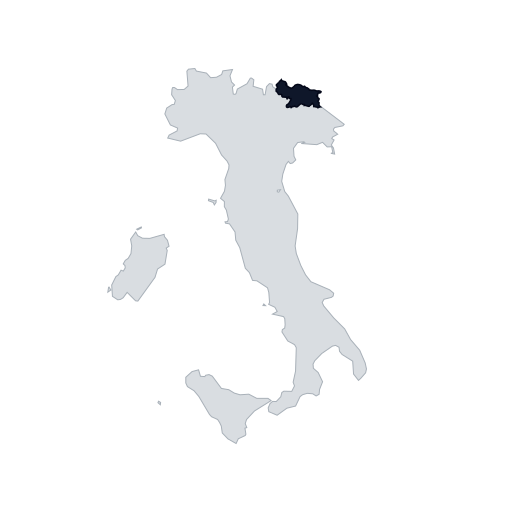 location of Bozen within Italy, rotated 27°
{"feature_id": "ITA-5459", "entity_name": "Bozen", "entity_type": "Province", "adm_level": 1, "iso_a3": "ITA", "parent_name": "Italy", "parent_adm1": "", "projection": "albers", "projection_center": [11.502, 46.655], "detail": "fine", "context": "in_parent", "style": "filled", "palette": "ink", "viewbox_px": 512, "rotation_deg": 27, "n_neighbors": 0, "source": "natural_earth", "source_scale": "10m", "svg_char_len": 6650}
<svg xmlns="http://www.w3.org/2000/svg" viewBox="0 0 512 512"><g transform="rotate(27 256 256)"><path d="M116.4,116.7L118.9,118.3L128.8,115.5L134.6,117.7L139.6,114.7L143.0,109.9L142.4,106.1L150.4,100.5L151.0,107.3L155.2,112.1L159.3,113.4L158.3,116.2L162.2,122.0L163.9,121.5L164.5,120.5L163.6,115.7L169.8,106.6L170.2,100.1L171.2,99.5L174.1,100.0L176.4,106.1L186.1,104.4L189.4,109.0L190.9,108.2L188.5,100.3L189.7,96.3L192.3,95.6L194.1,97.6L197.8,98.1L198.0,95.8L197.1,94.2L198.5,87.4L204.0,88.1L207.2,90.5L211.1,90.5L214.4,85.1L217.0,83.7L229.4,83.4L238.6,80.0L239.3,80.8L237.7,83.4L238.3,85.1L243.8,93.0L274.8,98.6L274.3,100.6L267.9,105.7L267.4,107.7L268.5,109.3L273.5,110.4L270.2,115.2L270.2,117.0L272.9,117.2L272.7,122.9L276.0,124.6L279.8,129.5L276.1,130.5L277.6,129.1L273.8,124.3L269.9,126.5L263.7,124.5L259.6,129.2L245.3,135.2L247.8,132.6L246.7,132.5L241.6,136.0L240.5,143.0L244.6,149.9L247.8,152.3L246.4,156.5L244.5,158.1L241.9,157.0L241.2,160.8L242.7,170.8L245.0,177.8L252.3,185.5L257.7,188.0L274.2,199.6L280.6,212.7L286.3,229.3L290.8,235.5L300.2,244.1L308.7,250.3L316.6,254.0L336.9,252.7L342.1,253.9L342.9,256.7L342.0,258.6L336.2,263.7L336.1,267.4L339.1,269.8L353.4,275.9L368.1,280.7L378.2,287.5L391.2,292.9L401.8,301.7L405.7,306.5L406.7,310.3L404.9,317.4L403.8,320.3L396.5,316.9L389.9,305.8L377.5,304.7L373.7,303.0L371.4,299.6L367.5,299.5L365.0,301.6L358.9,312.9L355.9,322.6L355.9,326.4L358.1,330.0L364.3,331.6L372.4,337.8L373.2,346.0L375.0,350.6L373.1,353.4L369.1,353.0L364.0,355.1L360.5,358.4L359.1,361.3L359.4,371.7L352.6,377.6L347.1,388.3L338.1,388.9L335.8,385.8L335.5,381.1L336.8,378.0L340.1,376.5L342.0,370.2L341.0,365.9L342.2,363.8L349.3,360.4L349.3,354.3L346.4,351.6L343.5,340.6L333.5,319.4L330.6,317.5L322.9,317.3L313.6,311.9L312.9,309.6L314.3,307.2L313.2,304.1L310.1,298.8L308.1,297.5L297.1,300.3L300.1,295.8L296.1,293.1L289.2,293.3L289.2,291.3L284.0,282.7L280.7,279.1L268.1,277.7L264.0,279.3L257.7,273.8L252.1,271.8L237.7,255.9L230.8,251.1L226.4,244.1L217.8,239.4L213.9,240.6L212.9,239.6L215.0,238.3L214.6,235.6L208.8,228.6L205.4,226.4L203.1,221.8L198.2,220.7L198.5,212.6L196.7,206.9L193.6,202.0L192.0,190.4L190.6,187.1L187.2,184.6L179.4,181.6L168.8,173.9L156.1,170.0L150.8,172.4L136.7,187.9L123.8,191.0L123.7,187.7L128.9,180.4L128.1,177.6L120.2,178.1L110.3,170.8L109.3,164.7L112.5,159.2L114.3,158.0L113.6,154.1L107.6,150.6L105.4,145.4L105.3,143.7L106.9,142.9L110.5,143.4L116.4,140.2L118.3,135.4L110.5,122.7L111.0,120.2L116.4,116.7ZM247.3,188.8L247.7,185.8L245.1,187.7L245.8,189.1L247.3,188.8ZM335.1,378.0L325.0,394.8L321.8,406.0L322.5,410.2L325.7,413.1L324.3,414.4L327.9,419.4L327.9,420.8L323.2,426.9L323.4,432.1L314.0,431.7L306.3,429.0L302.3,423.3L299.2,420.9L296.0,419.1L289.4,419.4L286.5,418.3L268.8,407.1L262.0,404.2L254.2,403.5L251.1,401.0L248.5,395.9L251.5,388.0L256.5,383.5L261.1,388.4L265.1,386.7L265.3,385.1L268.0,383.0L271.6,382.9L285.3,389.7L292.4,387.5L298.9,388.0L304.8,386.9L312.3,382.4L321.3,382.5L331.3,377.4L335.1,378.0ZM174.4,291.4L178.6,304.6L174.2,312.3L175.7,320.9L171.2,349.8L169.1,350.6L157.7,346.9L156.6,353.5L155.0,356.2L152.7,357.8L146.4,357.1L140.6,347.4L140.5,338.0L141.9,335.3L142.2,329.9L144.6,329.7L144.9,326.0L143.6,324.0L141.3,323.3L141.5,319.2L143.2,316.1L143.5,310.6L140.7,303.4L136.6,298.0L137.9,289.2L141.4,291.6L146.8,291.7L153.4,288.5L164.3,278.4L165.6,280.3L170.0,282.2L174.1,286.8L172.4,289.7L174.4,291.4ZM195.2,224.4L196.1,226.5L195.7,229.4L193.6,227.7L188.5,228.3L188.0,226.8L194.3,225.6L195.2,224.4ZM142.1,352.2L140.4,355.5L138.9,351.0L139.1,350.4L142.1,352.2ZM141.2,282.9L138.7,286.5L137.5,286.3L140.6,282.2L141.2,282.9ZM238.3,432.0L235.2,431.2L235.1,429.6L237.5,429.8L238.3,432.0ZM287.1,295.9L284.7,297.0L284.7,295.2L287.1,295.9Z" fill="#d9dde1" stroke="#a8b0b8" stroke-width="1"/><path d="M198.3,98.3L198.4,98.0L198.6,97.2L198.7,96.3L198.5,95.6L198.0,95.2L197.0,95.1L196.6,94.6L196.4,93.9L196.5,93.6L196.8,93.4L197.0,93.0L197.1,92.5L197.1,92.1L197.2,91.8L197.6,91.5L197.8,91.1L197.8,90.6L197.6,90.1L197.6,89.6L198.1,89.0L198.3,88.8L198.3,88.5L198.5,87.4L199.2,88.0L200.2,88.1L202.6,87.5L203.0,87.5L203.4,87.6L205.1,88.7L205.4,89.0L205.3,89.3L204.7,89.7L204.6,89.8L204.8,90.1L205.0,90.2L205.5,90.0L205.8,90.1L206.4,90.5L206.7,90.5L207.1,90.4L207.4,90.4L207.6,90.5L208.0,90.8L208.4,90.9L209.2,90.7L209.6,90.6L210.4,90.7L210.8,90.8L211.2,90.8L211.5,90.4L212.0,89.5L212.4,89.3L212.5,89.2L212.5,88.7L213.0,87.5L213.2,86.3L213.4,85.9L214.9,84.4L215.4,84.1L217.0,83.6L218.6,83.4L219.5,83.5L220.2,83.9L220.9,83.9L221.7,83.2L221.9,82.9L222.1,82.7L222.3,82.7L222.7,82.8L222.9,82.9L223.0,83.0L223.3,83.3L223.5,83.3L223.8,83.3L224.0,83.2L224.7,83.0L225.2,82.9L226.4,83.1L226.5,83.2L226.8,83.1L227.3,83.2L228.0,83.8L228.5,83.9L229.2,83.5L229.4,83.3L230.5,83.1L231.3,82.5L232.3,81.9L233.3,81.6L235.0,81.5L237.3,80.2L237.7,80.2L238.8,79.9L239.4,80.1L239.4,80.6L239.4,81.0L238.9,81.7L237.5,82.5L237.2,83.1L237.4,83.4L237.5,83.8L237.6,84.6L237.8,85.0L238.0,85.3L238.0,85.6L237.6,86.0L237.9,86.1L238.4,86.2L238.7,86.3L239.0,86.6L239.1,86.8L239.2,87.0L239.5,87.1L240.5,87.1L240.9,87.3L241.1,88.1L241.1,88.5L241.1,88.8L241.0,89.0L240.9,89.4L240.9,89.8L241.0,90.1L241.4,90.4L241.8,90.5L242.3,90.6L242.7,90.9L242.9,91.6L243.4,92.7L244.2,93.4L245.2,93.8L245.7,93.9L245.2,94.2L244.9,94.5L244.7,94.7L244.7,94.8L244.1,95.1L244.0,95.3L243.9,95.4L244.0,95.6L243.9,95.7L243.9,95.8L243.7,95.9L243.4,95.8L243.2,95.7L242.9,95.5L242.7,95.5L242.3,95.8L242.1,95.9L241.8,96.0L240.7,96.2L240.3,96.3L239.8,96.7L239.6,96.7L239.5,96.3L239.4,96.2L238.9,95.4L238.7,95.2L238.2,95.1L237.0,94.2L236.9,94.2L236.8,94.3L236.7,94.5L236.6,94.9L236.6,95.3L236.5,95.6L236.4,96.1L236.2,96.6L236.0,97.0L235.7,97.4L235.6,97.6L235.5,98.1L235.5,98.3L235.4,98.4L235.4,98.5L234.9,98.8L231.3,99.5L230.8,99.9L230.6,99.2L230.3,99.0L230.1,99.1L229.8,99.5L229.5,99.7L228.1,99.6L227.3,99.8L226.7,100.2L226.3,101.0L225.2,103.9L225.0,104.3L224.8,104.5L224.2,104.9L223.9,105.0L222.7,104.8L222.4,104.8L222.2,105.1L222.1,105.4L221.9,105.7L221.6,105.8L221.1,105.9L220.8,106.0L220.6,106.4L220.5,106.7L220.4,107.1L220.3,107.5L219.9,107.9L219.6,107.7L219.2,107.3L218.9,107.1L218.7,107.3L217.9,108.3L216.9,109.2L216.3,109.5L215.6,109.4L215.3,109.1L215.0,108.6L214.8,108.0L214.8,107.4L215.9,105.5L215.9,105.3L216.2,101.1L216.1,100.3L215.9,99.9L215.7,99.8L214.9,100.4L214.6,100.5L214.3,100.4L214.0,100.2L213.2,99.2L212.5,99.5L212.5,100.4L212.7,101.4L212.4,101.9L212.1,101.7L211.4,100.9L211.1,100.7L207.4,102.3L206.4,101.8L205.9,100.8L205.6,100.5L205.2,100.5L203.1,101.7L202.3,101.5L202.1,101.3L201.0,100.6L200.4,100.3L199.3,100.1L199.1,100.0L199.0,99.8L198.8,99.4L198.7,99.2L198.4,98.4L198.3,98.3Z" fill="#0f172a" stroke="#020617" stroke-width="1.5"/></g></svg>